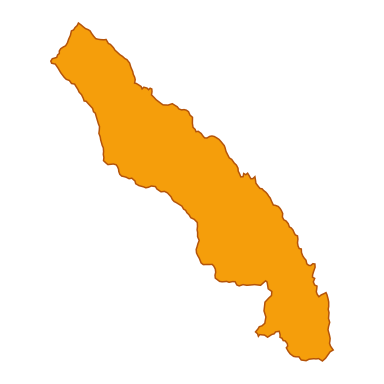 Chapada de Areia, Tocantins, Brazil (Equal Earth projection)
{"feature_id": "56859067B55527615433818", "entity_name": "Chapada de Areia", "entity_type": "district", "adm_level": 2, "iso_a3": "BRA", "parent_name": "Brazil", "parent_adm1": "Tocantins", "projection": "equal_earth", "projection_center": [-49.195, -10.166], "detail": "fine", "context": "isolated", "style": "filled", "palette": "amber", "viewbox_px": 384, "rotation_deg": 0, "n_neighbors": 0, "source": "geoboundaries", "source_scale": "gbopen_adm2", "svg_char_len": 4026}
<svg xmlns="http://www.w3.org/2000/svg" viewBox="0 0 384 384"><path d="M254.9,176.7L252.9,178.6L250.8,178.7L249.1,175.6L247.6,173.2L245.8,174.7L243.7,173.5L243.1,176.7L240.8,176.9L239.7,174.1L238.2,171.1L238.0,168.2L236.4,165.1L234.2,163.0L231.7,159.4L229.3,157.9L227.8,155.0L226.0,151.4L225.1,147.9L224.3,145.7L221.0,141.6L219.0,139.4L216.9,138.0L214.3,136.5L211.9,136.0L209.7,136.4L207.0,138.0L204.6,137.9L202.8,135.8L201.2,133.5L198.2,131.3L196.0,131.7L195.1,129.4L193.0,127.3L192.4,123.3L192.5,117.3L190.0,115.1L188.5,111.7L186.4,110.2L184.1,109.6L181.6,109.9L179.0,109.0L177.2,106.7L175.3,105.6L172.3,103.7L169.8,104.5L168.1,105.1L165.9,105.0L163.1,104.9L160.9,103.4L158.6,101.6L156.2,99.8L154.0,97.4L151.5,94.9L152.0,91.6L151.8,89.0L150.1,88.2L148.6,89.7L147.0,88.1L143.8,87.2L142.1,88.9L141.1,86.5L138.8,85.0L136.4,83.5L134.6,83.1L135.2,79.6L134.6,77.1L133.3,74.4L132.7,71.5L130.8,67.1L129.6,63.1L126.9,59.6L124.9,58.6L122.5,56.4L119.9,54.7L117.0,52.0L114.9,50.1L113.6,47.9L112.1,46.2L110.4,44.4L108.4,43.5L106.1,39.5L104.0,39.8L100.6,39.6L97.8,39.2L95.7,38.6L93.6,36.2L91.5,33.3L90.1,30.9L88.1,29.6L85.5,28.6L83.2,26.8L80.9,24.8L78.4,23.0L77.2,25.5L75.0,27.6L73.6,29.9L71.4,30.9L70.4,35.4L68.6,39.3L67.4,42.9L65.6,45.8L63.1,47.1L60.7,48.7L59.3,51.0L59.3,53.5L57.6,54.9L56.7,57.4L54.1,58.2L52.3,58.7L50.8,61.1L51.6,63.2L55.3,64.1L58.0,68.0L60.8,72.8L64.2,77.3L66.2,79.3L69.4,80.5L71.5,83.5L74.6,84.1L76.1,86.6L77.9,89.4L79.1,92.1L81.6,94.8L83.3,98.4L84.1,101.0L86.2,101.3L88.2,103.6L92.6,108.4L93.5,111.7L95.3,113.2L96.4,117.1L98.5,124.1L99.5,126.5L99.3,130.1L98.9,133.4L100.2,136.8L100.7,140.0L102.3,145.6L103.3,147.8L103.6,151.5L103.3,154.4L103.9,157.6L103.5,160.7L106.0,163.0L107.9,164.6L113.4,164.0L116.2,164.8L117.4,166.5L118.5,169.0L118.8,171.5L119.8,174.3L121.7,176.1L124.0,176.6L126.1,177.2L129.1,178.7L131.8,178.2L135.0,181.0L135.7,183.7L138.9,185.6L143.7,186.9L145.8,187.8L148.3,187.3L151.4,186.0L155.5,186.6L156.9,189.0L161.0,191.8L164.5,191.4L167.5,192.9L171.0,196.7L172.4,199.6L174.1,201.5L176.1,202.5L179.2,204.4L181.9,206.1L183.6,209.1L185.6,210.3L186.9,212.7L189.0,214.7L190.8,217.7L194.2,219.3L197.3,222.5L197.5,226.3L197.1,229.9L197.6,232.3L197.6,236.7L199.2,240.4L197.9,243.8L197.1,246.7L196.2,249.4L196.5,252.9L197.7,255.5L199.3,258.3L201.1,262.9L203.3,264.6L206.1,264.5L209.5,264.5L212.2,264.4L213.8,266.1L215.3,269.0L215.7,272.3L215.0,275.2L215.3,278.1L219.6,281.4L222.1,281.8L224.7,281.6L226.6,281.4L229.1,282.3L232.4,281.6L235.1,281.7L236.9,285.0L239.2,285.9L243.0,284.6L246.8,285.3L250.4,285.0L254.6,284.6L260.6,285.3L265.6,280.8L267.1,282.1L268.2,288.8L271.8,291.5L271.5,295.5L268.7,298.1L265.0,302.1L264.0,310.9L265.9,317.0L264.8,323.3L261.9,325.9L259.3,326.7L258.0,328.9L255.5,331.9L257.5,333.7L258.4,336.3L259.7,334.6L264.6,335.1L267.6,337.2L271.8,334.5L274.2,333.8L275.6,331.9L279.2,331.3L280.1,334.7L280.0,337.3L282.0,338.3L283.2,340.6L285.1,340.8L287.3,343.6L287.7,346.1L286.3,347.8L288.2,351.2L290.2,353.9L293.6,356.4L296.0,356.8L298.9,356.8L301.2,360.0L306.1,360.7L309.1,359.2L313.8,358.7L316.0,358.9L318.7,358.6L322.4,361.0L325.5,358.3L330.1,351.8L333.2,350.0L330.5,346.1L329.5,343.3L329.9,341.0L330.1,338.4L329.4,335.0L328.0,329.8L328.5,326.7L329.7,322.3L328.5,318.5L329.0,312.7L328.2,309.3L328.7,306.5L328.7,302.0L328.0,298.6L327.0,294.8L326.0,292.6L324.3,293.5L321.2,294.9L318.9,296.7L317.2,294.3L316.3,291.8L316.7,289.1L317.0,286.1L314.6,285.0L313.3,281.9L314.7,278.4L312.5,277.2L312.6,274.8L313.6,271.5L315.1,267.2L314.9,264.0L312.9,263.7L310.7,265.5L308.8,265.4L306.8,263.8L306.0,260.2L304.2,258.1L302.7,255.8L301.5,252.6L301.3,249.0L299.2,248.5L298.0,245.9L297.5,242.8L297.9,239.1L297.5,235.9L295.3,234.9L294.2,232.9L292.9,229.9L291.2,227.9L289.4,227.0L288.2,223.6L286.1,221.0L283.8,219.8L282.4,217.1L282.7,213.5L281.3,210.4L280.1,208.5L278.3,206.5L275.5,205.4L273.3,205.0L271.7,201.6L270.2,198.0L268.8,196.3L267.5,194.2L265.9,192.3L263.5,190.4L262.1,188.8L259.9,188.4L258.2,186.3L255.9,183.2L255.5,180.2L254.9,176.7Z" fill="#f59e0b" stroke="#b45309" stroke-width="1.5"/></svg>